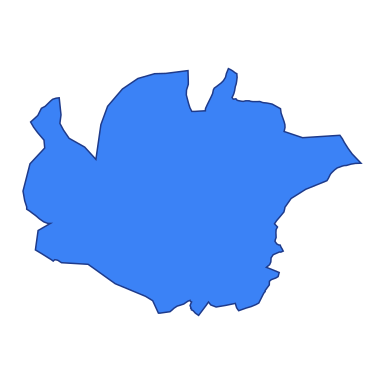 Ikeduru, Imo, Nigeria (orthographic projection)
{"feature_id": "59680162B47841916602322", "entity_name": "Ikeduru", "entity_type": "district", "adm_level": 2, "iso_a3": "NGA", "parent_name": "Nigeria", "parent_adm1": "Imo", "projection": "orthographic", "projection_center": [7.171, 5.555], "detail": "fine", "context": "isolated", "style": "filled", "palette": "blue", "viewbox_px": 384, "rotation_deg": 0, "n_neighbors": 0, "source": "geoboundaries", "source_scale": "gbopen_adm2", "svg_char_len": 2669}
<svg xmlns="http://www.w3.org/2000/svg" viewBox="0 0 384 384"><path d="M280.5,108.7L272.2,104.1L270.4,103.7L266.8,103.0L265.7,102.9L263.6,102.7L262.2,102.4L260.7,101.8L259.7,101.5L257.3,101.6L252.8,101.6L250.5,101.3L249.6,100.9L247.9,100.8L245.7,100.8L243.2,101.4L241.4,101.2L238.3,100.6L237.2,100.3L236.3,99.2L235.9,98.8L233.3,99.2L232.0,97.5L233.0,95.6L233.8,93.7L234.6,90.8L235.3,86.6L236.2,83.9L236.6,81.5L237.1,77.4L236.8,73.6L235.7,73.2L234.5,72.3L232.8,71.0L230.7,69.7L228.4,68.6L226.4,73.5L225.5,77.3L223.4,80.7L221.1,83.0L216.7,86.4L214.3,88.1L213.4,89.8L212.6,93.6L211.1,96.9L207.5,104.2L205.6,108.3L205.4,109.3L205.4,110.8L203.3,110.9L199.5,111.1L195.0,111.4L191.8,111.4L189.9,107.7L188.6,103.6L186.3,94.9L186.5,90.1L188.3,84.4L188.3,81.3L188.0,70.6L165.8,73.4L154.6,73.7L137.9,78.5L122.4,89.0L107.6,106.3L100.9,124.6L95.9,159.4L84.7,147.1L69.1,138.3L63.5,130.1L59.9,123.4L61.0,114.9L59.2,97.8L56.0,98.2L52.6,99.3L50.6,101.0L45.2,106.3L41.4,108.3L37.8,115.5L30.6,122.0L33.6,127.2L37.6,132.6L44.0,140.1L44.7,148.0L30.0,163.8L23.0,191.1L24.7,200.7L26.7,206.9L26.7,209.2L29.7,211.1L32.4,213.2L35.8,215.7L39.5,218.9L43.8,221.9L47.8,223.4L50.4,223.4L38.1,230.5L35.4,249.9L41.9,253.8L48.9,258.2L51.2,259.6L53.2,261.1L54.7,259.7L56.8,260.0L58.0,260.4L61.5,262.7L88.1,264.3L115.2,283.7L145.5,296.3L152.7,300.7L158.4,313.1L160.2,313.1L170.0,311.7L172.2,309.9L174.0,308.2L177.2,306.1L180.5,305.1L183.8,304.0L186.8,301.9L187.3,301.6L187.9,301.2L188.8,300.8L190.0,300.4L190.0,300.9L190.4,301.2L191.6,302.0L191.1,302.8L190.9,303.5L190.5,304.5L190.1,305.4L190.4,306.5L190.9,307.6L190.7,308.3L191.5,309.1L191.4,309.8L193.3,310.8L195.3,313.1L198.6,315.4L206.2,305.3L208.5,302.0L210.7,304.9L216.1,307.0L225.7,305.4L235.3,303.4L236.6,307.7L237.7,309.4L238.7,310.7L246.3,308.0L251.1,306.6L255.9,304.6L258.8,303.0L263.7,293.3L265.2,291.5L265.1,290.6L269.3,284.9L269.4,281.3L271.4,279.6L275.8,278.0L278.1,276.6L279.2,272.5L266.4,267.3L269.6,264.7L270.8,262.0L271.1,257.8L273.2,254.7L279.4,252.0L280.9,252.1L283.2,251.1L282.1,248.9L281.8,248.4L281.1,247.3L280.1,245.0L278.8,245.0L276.8,243.9L275.0,241.4L275.3,239.7L276.1,237.6L276.0,234.5L275.9,232.9L276.1,229.6L277.5,227.0L274.5,223.8L276.5,220.8L280.4,216.2L283.9,212.0L284.8,208.4L284.8,207.5L291.1,198.5L305.7,189.3L326.9,180.7L328.3,178.5L330.1,174.8L330.8,173.7L332.0,172.4L334.7,169.8L337.4,167.8L339.3,167.2L342.2,166.1L344.1,165.6L346.2,165.5L347.3,165.2L349.4,164.6L351.2,164.1L353.1,163.8L355.4,163.4L361.0,163.2L352.1,153.9L348.1,148.4L344.3,142.4L342.4,138.8L339.9,135.3L302.6,137.7L284.1,131.5L285.0,127.5L284.9,124.7L284.1,121.7L281.1,113.1L280.5,108.7Z" fill="#3b82f6" stroke="#1e3a8a" stroke-width="1.5"/></svg>